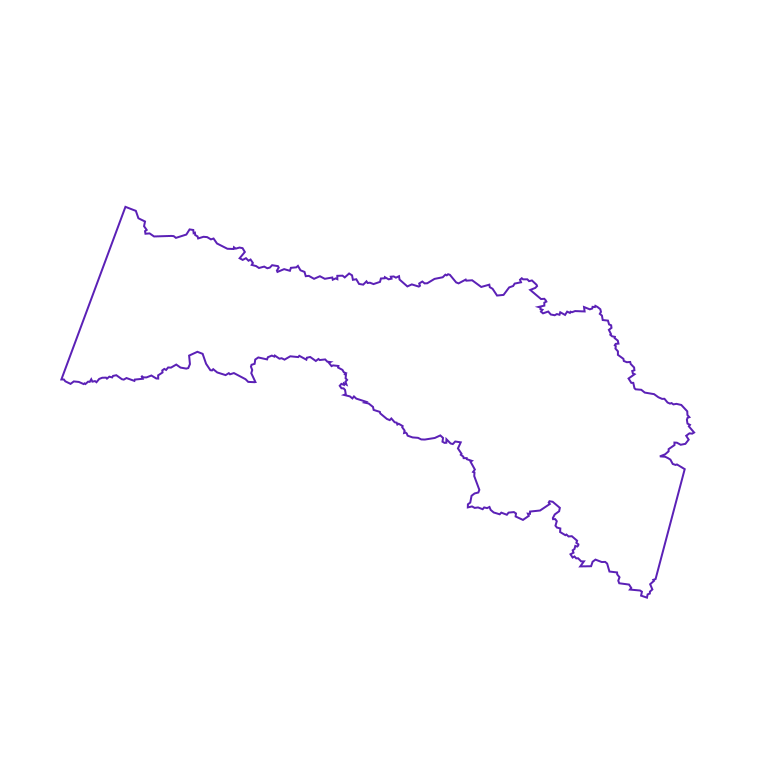 São Félix do Xingu, Pará, Brazil, rotated 105°
{"feature_id": "56859067B65108742349990", "entity_name": "São Félix do Xingu", "entity_type": "district", "adm_level": 2, "iso_a3": "BRA", "parent_name": "Brazil", "parent_adm1": "Pará", "projection": "equal_earth", "projection_center": [-52.202, -7.461], "detail": "fine", "context": "isolated", "style": "outline", "palette": "violet", "viewbox_px": 768, "rotation_deg": 105, "n_neighbors": 0, "source": "geoboundaries", "source_scale": "gbopen_adm2", "svg_char_len": 6107}
<svg xmlns="http://www.w3.org/2000/svg" viewBox="0 0 768 768"><g transform="rotate(105 384 384)"><path d="M279.8,679.6L463.1,696.8L462.5,694.4L463.9,692.5L465.0,686.8L461.8,684.3L461.0,679.3L461.8,674.1L460.9,673.4L461.3,672.4L458.3,670.4L458.1,668.8L455.2,668.0L457.2,666.3L456.0,663.9L456.7,662.2L452.8,660.4L450.9,657.8L449.8,654.2L450.5,653.0L448.0,651.2L448.0,648.3L446.3,647.8L444.8,644.8L447.2,638.4L447.1,636.5L444.9,634.3L445.6,625.9L444.2,625.8L441.4,618.4L438.9,620.4L439.9,618.2L439.1,615.1L436.0,610.9L437.6,605.4L437.2,603.5L434.1,604.4L430.2,600.9L428.3,601.7L426.3,600.1L426.8,598.1L423.9,596.8L423.3,594.0L419.0,589.7L420.8,584.8L420.3,579.0L419.3,577.2L415.0,576.6L407.0,579.6L401.2,572.6L401.8,567.0L410.5,561.1L415.6,555.3L415.4,553.6L413.9,552.8L416.0,548.1L416.4,539.3L413.7,536.7L414.5,535.3L412.3,531.8L415.2,519.0L417.1,515.7L415.8,509.7L415.4,508.7L407.9,515.0L404.6,514.9L401.7,517.0L399.7,516.9L398.0,514.2L393.7,514.7L390.9,512.3L390.5,503.3L388.2,503.1L385.6,499.7L385.9,497.0L384.8,496.8L386.6,491.6L385.6,489.5L386.2,486.4L381.5,481.7L380.2,473.8L378.7,473.1L380.6,465.3L378.6,465.3L377.0,462.3L379.4,455.8L376.8,453.8L377.5,452.3L375.5,447.2L377.1,444.5L376.7,441.5L377.8,442.7L380.3,439.3L379.2,438.0L378.4,432.7L380.0,432.6L381.1,427.8L383.1,425.8L383.4,423.5L384.8,424.2L385.0,423.1L388.4,422.6L389.6,420.7L391.8,421.8L394.3,420.1L393.7,422.9L395.2,422.5L394.9,425.2L397.2,426.3L399.1,424.0L398.7,421.9L399.8,420.1L403.7,418.3L404.9,419.8L404.8,413.7L406.1,410.8L403.8,409.8L405.3,407.0L405.8,396.7L407.0,398.0L406.8,393.8L409.0,388.7L411.7,387.3L412.0,380.8L413.4,380.0L417.0,372.2L417.4,369.1L415.4,368.0L418.2,363.8L418.1,361.7L419.7,360.6L418.6,359.5L419.8,355.1L421.1,355.2L423.6,352.1L426.1,351.9L425.3,350.6L425.9,349.2L427.8,347.8L428.2,342.6L427.2,337.2L427.9,333.7L427.1,330.2L423.0,321.0L419.1,316.3L420.8,313.0L424.6,312.6L425.2,310.3L424.6,308.6L421.2,309.4L424.2,304.3L424.2,302.0L421.1,300.3L420.5,294.8L427.1,295.9L431.3,291.1L432.5,291.5L433.6,288.6L435.0,287.9L434.2,284.9L435.2,284.5L435.5,279.3L436.7,280.3L443.1,274.1L445.9,275.2L446.1,273.7L449.6,273.0L461.6,264.5L464.4,264.8L466.3,268.2L469.3,270.5L476.2,270.0L478.5,271.8L481.5,271.1L479.5,267.3L480.2,264.3L478.9,261.2L479.4,256.3L477.3,255.3L477.2,252.3L475.5,250.3L478.0,248.4L479.7,244.8L479.9,238.5L477.9,237.4L478.5,231.5L476.0,230.4L474.1,225.4L474.9,223.0L477.9,222.6L479.3,214.6L473.9,210.0L472.0,211.5L471.6,209.4L469.4,209.9L465.8,200.5L457.0,192.8L455.9,194.2L454.4,193.8L454.1,190.6L458.1,182.1L461.6,181.9L465.8,185.3L469.8,186.2L470.8,185.7L470.2,183.7L471.8,181.6L476.5,181.7L477.9,179.8L477.9,176.3L481.4,175.6L483.1,169.7L482.2,168.8L483.5,166.3L482.4,163.2L485.4,156.9L487.6,157.1L488.6,154.7L489.8,154.6L491.0,155.3L490.9,157.3L494.1,157.3L495.8,158.7L497.9,157.3L500.2,159.8L502.8,156.9L501.3,155.4L502.7,153.2L502.1,151.4L504.3,147.7L503.6,145.0L509.4,147.2L506.4,136.8L501.7,136.5L498.9,134.3L499.6,127.6L498.6,124.3L499.7,122.0L506.8,117.7L505.7,110.1L507.6,109.4L509.7,106.5L513.4,106.8L515.6,105.2L514.3,95.4L517.0,92.4L518.9,93.2L517.2,83.2L517.9,81.1L521.9,80.9L522.3,74.7L519.0,74.9L517.6,73.0L515.7,73.4L513.0,71.6L508.5,75.1L504.3,72.3L503.5,73.2L502.1,71.2L388.4,71.5L385.9,80.2L386.7,81.4L386.5,84.4L382.9,87.8L382.1,90.5L381.5,93.6L382.5,98.8L379.2,94.3L375.4,91.7L373.2,92.2L367.8,87.6L365.4,88.3L364.9,85.9L365.9,81.7L363.8,77.4L358.9,75.3L355.8,78.7L352.6,76.2L352.2,73.5L350.6,71.9L346.0,78.6L344.3,77.9L343.7,80.6L340.1,82.2L338.0,82.0L337.0,80.5L335.4,82.9L331.9,84.0L327.3,91.4L327.5,96.4L328.8,99.2L328.0,101.3L328.9,102.7L328.5,105.3L325.7,109.3L326.4,111.5L325.8,115.5L323.9,120.5L324.8,129.9L323.0,134.0L324.0,139.6L323.2,141.0L318.4,143.5L318.9,145.4L315.4,149.2L309.7,144.5L309.3,146.4L307.2,147.6L305.9,145.7L303.3,146.7L300.8,150.9L299.0,151.9L300.1,155.1L299.7,158.3L297.7,159.3L295.3,165.6L291.9,166.5L289.9,169.6L287.4,169.9L286.9,171.1L285.3,170.6L284.3,168.0L281.6,169.4L280.0,173.1L278.7,173.2L278.9,176.0L277.9,178.1L277.0,177.7L273.5,180.8L270.9,178.8L268.5,179.8L268.2,182.0L264.8,184.1L265.6,189.3L261.5,191.2L260.4,193.7L258.2,193.1L255.8,194.4L254.4,197.6L253.8,200.1L255.1,200.2L255.5,202.5L257.2,202.4L258.6,204.5L257.9,210.7L262.0,209.0L264.1,218.3L266.0,221.0L265.9,222.5L267.2,222.8L266.7,225.8L270.4,227.0L269.1,232.3L271.7,232.4L271.7,235.1L273.4,236.9L273.7,240.9L271.5,244.1L274.6,248.7L273.5,251.1L271.3,250.2L271.3,252.2L269.7,252.6L269.6,254.7L266.8,249.4L263.9,250.2L262.4,248.5L261.4,249.4L260.2,251.2L261.3,254.3L255.3,267.1L252.0,262.7L249.8,261.5L248.7,262.3L245.7,267.9L247.1,270.5L245.8,272.6L246.9,276.7L246.2,278.3L248.1,279.6L250.3,278.0L253.2,283.8L255.9,284.6L258.3,288.1L267.0,291.6L269.3,297.7L263.9,303.8L263.1,306.9L260.8,308.0L265.1,315.2L261.0,325.7L262.9,331.3L262.0,332.1L267.5,338.0L267.2,340.6L261.5,348.6L261.4,350.5L262.8,351.5L262.5,353.0L265.7,354.9L269.4,362.4L275.5,368.3L276.3,370.8L275.1,373.5L277.8,376.0L279.8,374.7L280.9,375.6L280.6,382.9L283.7,386.7L279.1,396.0L276.0,397.4L278.2,400.0L277.6,402.4L278.6,405.2L280.3,404.0L281.7,406.6L280.6,410.8L281.7,410.7L282.9,414.3L286.4,414.3L290.2,420.0L289.8,423.8L290.7,426.0L289.4,427.5L293.4,429.8L293.8,434.0L290.0,437.9L291.4,441.0L287.3,443.0L286.3,446.3L291.2,449.5L290.1,452.1L291.6,457.1L294.8,456.2L294.5,458.0L296.5,460.5L294.5,461.5L297.7,468.4L296.5,473.8L300.5,478.8L299.0,484.6L300.1,487.5L296.3,489.8L295.8,494.1L292.2,497.7L294.0,498.9L295.9,504.0L299.0,504.2L298.9,510.2L303.3,515.9L302.2,516.8L298.8,515.8L297.6,517.0L298.2,522.8L301.1,524.4L302.4,526.7L301.6,530.1L304.3,534.8L303.2,538.0L303.2,542.6L301.0,542.0L298.3,545.1L300.0,546.8L298.2,549.9L300.7,552.6L299.9,556.0L292.5,552.6L289.4,555.8L289.6,558.9L291.6,562.2L290.8,564.3L292.5,564.1L293.9,570.3L291.5,581.7L287.6,586.3L289.1,588.6L287.9,592.8L288.5,596.4L291.5,601.2L289.7,602.3L289.0,604.9L286.8,605.8L287.6,606.9L284.6,608.1L285.0,611.8L290.8,613.6L296.7,622.8L295.6,625.4L296.0,627.7L301.0,644.3L299.2,649.4L300.6,653.3L298.2,654.4L296.6,653.1L293.7,656.6L288.9,656.9L287.5,664.1L281.0,668.5L279.8,679.6Z" fill="none" stroke="#5b21b6" stroke-width="2"/></g></svg>